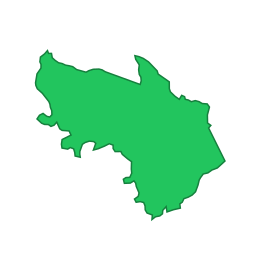 the district of Kaloré, Paraná, Brazil, rotated 76°
{"feature_id": "56859067B74207450909623", "entity_name": "Kaloré", "entity_type": "district", "adm_level": 2, "iso_a3": "BRA", "parent_name": "Brazil", "parent_adm1": "Paraná", "projection": "robinson", "projection_center": [-51.69, -23.863], "detail": "medium", "context": "isolated", "style": "filled", "palette": "green", "viewbox_px": 256, "rotation_deg": 76, "n_neighbors": 0, "source": "geoboundaries", "source_scale": "gbopen_adm2", "svg_char_len": 1880}
<svg xmlns="http://www.w3.org/2000/svg" viewBox="0 0 256 256"><g transform="rotate(76 128 128)"><path d="M222.6,126.9L220.8,122.8L221.0,118.4L219.6,115.3L216.3,114.2L213.5,110.0L218.9,110.5L218.3,103.7L218.4,96.6L214.2,96.1L213.1,93.3L210.1,90.9L209.7,86.4L208.6,82.0L206.2,77.9L200.3,73.9L195.7,71.5L193.7,69.6L190.8,66.1L190.9,61.3L189.1,56.8L188.4,51.0L183.5,41.9L147.5,49.8L145.5,47.0L142.4,49.6L134.5,47.8L127.4,43.9L123.8,45.3L122.2,50.1L119.6,52.7L117.7,56.1L117.8,60.2L115.5,62.6L114.0,65.5L111.3,65.5L109.3,68.0L112.6,71.3L108.5,74.8L103.2,78.1L99.9,78.4L93.2,76.8L83.0,85.7L79.6,85.9L68.8,92.1L64.2,96.3L61.4,100.1L59.5,103.8L63.2,103.9L69.5,101.8L74.1,103.6L78.8,104.1L81.8,103.2L85.5,103.8L88.7,105.7L67.9,136.5L65.3,139.1L63.8,141.9L62.6,147.6L62.9,152.1L63.7,155.2L58.9,163.7L55.1,166.8L53.3,170.2L51.9,173.4L49.6,176.2L47.9,179.6L44.7,182.4L41.5,184.5L37.1,184.2L36.4,187.1L33.4,187.4L35.9,191.0L38.0,195.8L42.5,197.5L45.3,197.0L48.9,198.0L53.5,203.2L61.8,206.8L64.5,207.1L68.0,206.5L73.6,202.7L83.2,198.4L86.1,198.0L89.1,198.3L92.8,197.8L96.7,198.6L98.4,201.3L97.0,204.0L93.3,206.9L94.2,210.8L97.2,214.1L102.4,210.7L104.3,208.2L105.4,204.4L107.8,202.4L107.4,199.1L105.1,195.7L112.3,194.4L114.4,192.5L116.6,185.9L121.1,185.0L123.2,194.7L127.6,196.5L131.5,196.9L133.9,191.6L133.0,188.8L135.0,185.8L138.9,185.6L142.4,186.1L144.8,181.4L141.7,181.1L139.1,180.4L132.8,176.2L131.7,173.1L131.4,168.6L132.9,164.5L135.1,163.0L141.0,166.9L140.9,162.0L139.9,155.2L138.7,150.0L141.0,146.6L144.4,147.4L147.8,146.2L149.1,140.6L152.2,139.9L158.0,135.7L161.5,132.7L168.6,134.7L172.7,135.3L176.3,138.2L175.6,142.0L176.6,144.9L180.8,144.9L182.0,139.1L180.7,135.0L183.4,133.9L186.8,134.1L193.6,133.0L196.8,134.6L198.5,138.9L202.0,138.1L202.4,133.9L204.1,130.8L207.7,130.3L211.6,131.1L215.1,130.1L218.3,125.4L222.6,126.9Z" fill="#22c55e" stroke="#15803d" stroke-width="1.5"/></g></svg>